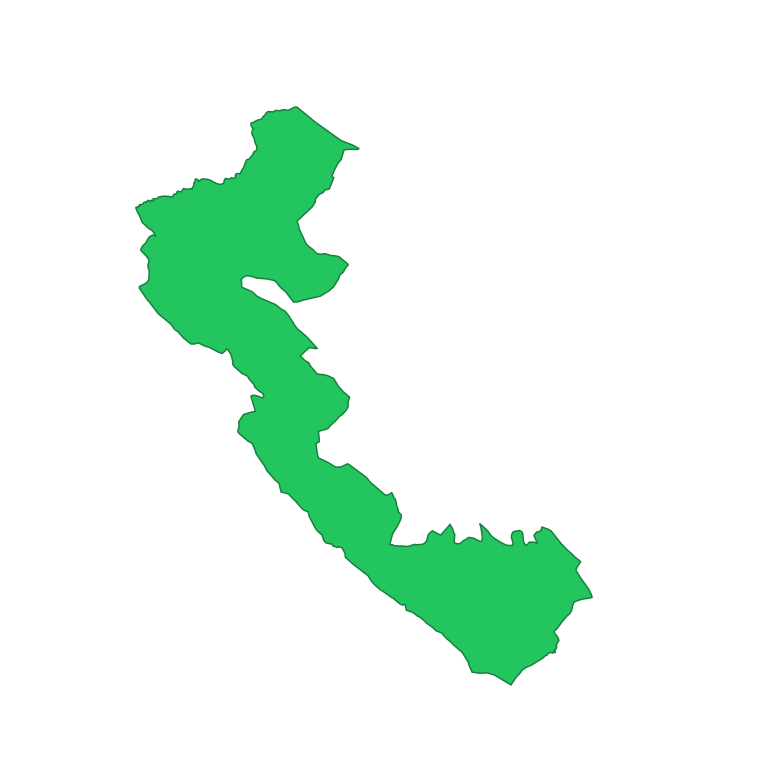 Chamwino, Dodoma, United Republic of Tanzania (Equal Earth projection), rotated 130°
{"feature_id": "72390352B28140161055022", "entity_name": "Chamwino", "entity_type": "district", "adm_level": 2, "iso_a3": "TZA", "parent_name": "United Republic of Tanzania", "parent_adm1": "Dodoma", "projection": "equal_earth", "projection_center": [35.821, -6.232], "detail": "fine", "context": "isolated", "style": "filled", "palette": "green", "viewbox_px": 768, "rotation_deg": 130, "n_neighbors": 0, "source": "geoboundaries", "source_scale": "gbopen_adm2", "svg_char_len": 6129}
<svg xmlns="http://www.w3.org/2000/svg" viewBox="0 0 768 768"><g transform="rotate(130 384 384)"><path d="M449.1,243.1L463.0,243.4L463.6,244.1L465.4,252.6L468.3,253.2L471.0,253.2L477.2,250.4L480.8,250.8L482.4,251.8L486.5,256.0L487.2,257.5L492.8,261.0L495.6,264.5L496.9,266.8L498.0,267.1L498.5,268.5L501.1,271.9L501.5,273.7L503.3,276.4L493.0,281.2L485.4,282.1L477.4,284.0L475.1,285.0L473.8,286.0L473.0,287.5L472.7,290.7L471.5,291.8L468.9,296.4L467.2,298.1L465.2,300.9L464.8,301.8L465.1,302.9L464.0,304.4L462.3,308.2L465.9,309.3L467.4,310.4L468.3,312.1L468.1,331.3L466.9,337.5L468.2,359.5L468.6,360.6L475.3,363.7L477.4,366.2L478.7,367.2L480.0,376.1L482.7,386.7L481.0,389.4L473.7,397.7L471.6,397.4L470.4,396.5L469.6,396.7L468.7,397.3L462.7,403.5L461.0,402.9L456.4,399.6L454.0,398.3L450.0,398.4L443.9,397.4L438.0,397.4L434.1,396.3L427.8,396.1L424.4,397.0L420.6,400.1L416.2,401.9L416.1,410.6L415.4,415.3L414.9,418.0L412.1,426.2L414.0,432.9L415.9,436.6L419.3,441.4L417.7,451.2L416.1,455.5L416.8,459.5L416.5,466.0L410.3,465.6L404.6,464.6L403.1,463.2L400.6,458.7L399.6,458.3L397.6,472.9L397.3,481.8L397.5,485.4L396.6,489.4L393.1,500.3L391.8,506.5L392.7,511.2L392.9,518.2L397.5,533.3L398.4,537.9L398.0,542.9L398.3,545.4L401.1,554.5L400.9,555.5L396.1,560.0L394.9,560.7L392.2,560.2L389.5,558.9L386.8,555.1L384.9,550.0L378.5,540.8L375.6,535.3L375.0,533.2L376.6,525.0L376.6,518.4L379.4,505.9L376.1,502.5L371.5,499.7L357.6,489.2L347.9,486.0L342.3,485.1L332.9,486.3L329.9,487.7L327.0,487.7L324.8,487.1L319.9,488.0L315.8,488.0L315.4,489.0L315.3,492.4L315.5,496.5L315.3,499.5L315.6,500.9L317.6,504.5L319.5,506.8L322.0,512.8L325.4,516.1L326.9,518.5L327.2,519.5L327.2,521.2L326.7,525.0L327.0,529.5L326.7,533.7L319.4,549.3L318.1,550.6L315.0,555.3L294.3,552.8L288.3,553.7L287.5,554.7L285.8,555.4L280.0,555.5L277.0,553.8L273.3,553.9L269.8,551.3L258.2,555.1L258.5,557.4L252.8,559.3L244.9,561.1L239.6,561.1L230.8,564.9L230.0,564.7L227.2,562.3L221.2,554.8L219.9,554.7L221.0,561.1L225.1,573.3L227.6,605.4L227.8,628.6L228.9,630.1L235.6,633.2L236.3,633.8L238.2,637.1L242.2,640.0L243.8,642.7L246.8,643.8L249.6,647.6L250.3,648.1L252.8,648.5L254.7,647.9L256.7,648.5L260.0,648.1L263.1,650.5L268.1,652.5L269.2,653.5L270.8,652.8L271.6,651.6L272.3,649.9L272.5,647.8L274.1,648.1L274.9,647.3L276.0,647.1L277.7,645.4L278.0,644.1L279.0,642.3L279.1,641.4L281.7,638.4L283.7,634.5L285.6,632.3L287.6,632.1L290.2,632.9L292.2,632.1L298.2,631.9L300.4,633.2L301.2,633.2L308.9,630.6L311.7,630.4L314.5,629.4L315.5,629.5L317.3,631.9L318.2,632.3L319.3,632.2L321.1,630.8L322.2,630.9L323.5,631.8L324.3,633.8L326.1,633.9L326.8,634.5L328.4,637.6L330.1,637.5L333.0,635.9L335.7,637.0L337.0,638.8L338.3,641.8L339.6,648.4L340.4,650.3L343.3,654.7L345.6,655.8L347.2,655.7L347.7,656.2L347.1,657.9L347.8,660.0L349.3,659.9L351.0,658.5L352.0,659.0L354.6,657.2L356.6,657.0L358.1,656.4L358.7,657.9L360.4,658.7L363.3,663.3L366.5,662.9L367.5,663.1L368.6,665.6L369.4,666.2L371.3,665.4L372.7,665.9L374.1,667.1L376.3,666.0L377.9,667.8L379.1,670.3L380.6,671.6L381.2,673.1L385.1,676.5L388.5,677.4L390.4,679.9L391.0,679.7L391.6,678.3L392.2,678.5L393.0,680.6L394.7,680.6L394.8,682.4L395.2,683.1L396.7,682.8L399.4,684.8L401.2,684.2L403.8,686.5L404.8,685.3L405.9,686.6L407.1,686.4L408.0,687.5L408.6,687.3L410.2,684.6L412.0,679.9L415.6,673.0L416.1,664.0L415.6,660.6L415.8,658.8L416.7,655.5L417.3,654.4L418.0,655.3L418.5,657.0L422.4,658.4L429.8,657.2L432.8,657.7L435.8,657.2L437.8,656.4L439.1,646.7L440.3,643.3L444.8,641.2L447.2,638.5L448.5,636.3L451.0,634.3L455.7,631.1L457.3,630.9L460.3,631.3L466.5,634.0L467.8,633.1L471.8,618.9L472.0,616.5L475.2,602.5L475.2,585.4L476.8,579.4L476.4,575.7L477.6,567.1L477.5,558.1L477.0,557.0L475.0,554.8L471.8,552.6L470.4,546.5L468.1,541.0L465.9,530.9L464.6,527.6L460.6,527.0L458.4,527.2L458.2,525.5L459.3,521.6L460.3,519.4L463.5,514.9L466.1,512.5L466.9,510.4L467.2,499.3L465.7,493.8L466.7,491.3L468.0,483.4L469.5,480.6L469.7,475.1L469.3,472.7L469.4,470.3L470.1,468.6L472.8,468.0L474.5,473.2L476.0,476.1L477.1,477.4L478.9,478.1L487.7,464.8L490.0,466.9L497.6,472.0L505.9,471.0L506.7,470.7L509.1,468.0L513.7,465.9L514.5,465.1L515.0,464.0L515.2,454.7L515.1,451.2L514.4,448.1L514.4,446.3L517.6,440.1L519.6,437.1L523.3,423.7L525.7,417.8L527.6,405.6L527.6,400.6L532.9,393.4L529.5,386.4L529.8,385.7L530.6,376.7L532.1,367.1L532.2,364.6L530.7,359.9L533.6,355.9L538.7,343.7L539.4,340.4L539.6,334.1L540.6,333.0L541.6,330.8L542.4,330.1L543.1,326.7L541.3,322.8L540.3,322.1L540.8,318.1L540.0,317.4L539.5,315.0L536.8,312.6L536.6,310.2L538.9,304.9L541.6,302.2L541.9,290.5L541.1,273.0L543.3,266.3L543.8,262.1L544.0,254.8L543.1,248.0L542.7,240.8L542.2,239.2L542.3,231.0L541.4,227.6L539.2,226.1L542.9,221.5L540.4,214.8L540.3,209.4L539.7,207.7L539.4,204.5L539.8,196.6L539.2,189.9L539.6,185.6L537.7,180.0L538.8,172.4L538.7,167.1L539.2,163.2L539.3,151.5L542.9,140.8L545.2,137.3L548.1,131.3L543.9,124.5L539.0,119.4L535.9,112.2L532.9,93.3L523.7,94.3L518.2,93.9L514.6,94.3L509.0,92.7L505.2,90.6L491.7,86.1L488.6,85.8L487.0,84.8L485.7,85.2L484.1,84.8L482.5,83.6L481.9,82.6L481.9,82.1L480.1,81.0L479.9,81.5L479.5,80.5L478.9,81.3L478.4,81.2L477.7,82.4L476.9,81.9L474.8,82.4L473.7,83.7L472.2,84.5L467.9,85.2L466.3,88.0L464.8,94.4L463.7,94.6L461.1,94.2L450.9,94.8L444.1,94.7L441.1,94.1L437.2,94.6L431.7,97.4L429.7,98.0L428.5,97.9L427.0,97.4L421.2,93.7L414.3,87.7L413.5,87.6L411.8,90.3L409.5,95.6L406.2,108.6L403.3,117.3L400.9,118.3L393.9,119.1L393.6,121.1L393.9,126.0L393.4,130.7L393.3,138.1L392.4,145.6L389.1,161.9L390.0,165.6L392.0,171.0L395.8,169.5L399.5,171.9L403.2,171.9L403.9,171.3L407.3,164.5L408.9,167.7L411.2,170.5L412.0,171.0L415.3,170.9L416.4,172.2L415.5,174.9L414.2,176.8L409.3,181.7L408.6,183.5L409.2,186.1L413.6,189.7L415.1,190.0L416.9,189.5L419.6,187.9L422.6,183.3L424.0,182.1L424.9,181.9L427.2,184.2L428.6,186.5L429.6,189.6L430.6,194.8L431.4,201.5L431.3,204.7L429.9,209.8L429.5,216.4L429.5,221.0L431.1,218.1L438.1,210.2L440.3,208.5L442.3,208.5L442.9,209.2L444.5,216.1L446.4,219.6L447.5,220.7L451.1,221.6L453.6,222.7L456.2,222.7L458.4,224.0L460.2,226.9L460.1,228.2L459.1,229.3L453.8,233.0L452.7,235.6L450.9,238.1L449.1,243.1Z" fill="#22c55e" stroke="#15803d" stroke-width="1.5"/></g></svg>